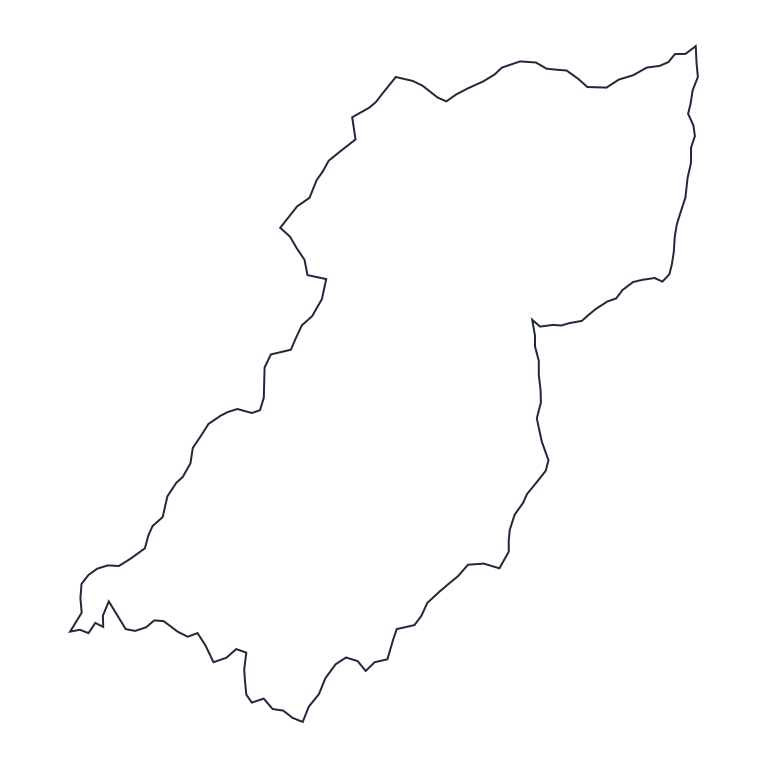 the district of Meridiano, São Paulo, Brazil
{"feature_id": "56859067B90644311999946", "entity_name": "Meridiano", "entity_type": "district", "adm_level": 2, "iso_a3": "BRA", "parent_name": "Brazil", "parent_adm1": "São Paulo", "projection": "equal_earth", "projection_center": [-50.192, -20.403], "detail": "fine", "context": "isolated", "style": "outline", "palette": "slate", "viewbox_px": 768, "rotation_deg": 0, "n_neighbors": 0, "source": "geoboundaries", "source_scale": "gbopen_adm2", "svg_char_len": 2200}
<svg xmlns="http://www.w3.org/2000/svg" viewBox="0 0 768 768"><path d="M70.1,631.6L79.9,629.8L88.5,633.1L95.3,622.9L103.2,626.9L102.9,615.6L108.8,601.4L117.3,615.3L125.7,629.1L135.1,630.9L146.1,627.3L154.2,620.4L163.6,621.1L170.7,626.4L177.5,631.6L187.7,636.7L197.5,633.1L205.3,645.1L213.5,662.2L226.3,657.8L236.2,649.1L246.3,652.6L244.2,669.5L245.0,681.1L246.3,694.6L251.8,702.6L263.7,698.6L272.6,709.0L283.2,710.6L292.6,717.9L302.7,721.9L308.8,706.6L318.9,694.2L325.4,678.2L335.5,664.4L346.0,657.5L357.6,661.1L365.7,670.9L374.7,662.2L387.4,659.3L393.2,639.5L396.7,629.1L414.4,625.1L421.3,616.0L427.3,602.9L439.5,591.6L448.1,584.3L458.2,576.0L468.0,564.7L483.7,563.6L499.4,568.3L508.8,551.6L508.7,541.0L509.7,530.1L514.6,514.8L523.1,502.8L527.0,494.1L538.0,480.6L545.7,470.8L548.5,460.3L541.8,441.7L536.8,418.4L540.9,402.4L540.6,390.4L538.8,374.8L538.8,360.8L535.0,346.4L535.0,335.7L532.2,319.8L540.1,326.6L552.9,324.9L561.5,325.5L569.4,323.1L581.8,320.9L588.9,314.6L595.9,308.9L607.3,301.5L616.2,298.4L622.5,290.0L633.1,282.0L642.6,279.8L654.5,278.0L662.4,281.6L669.4,274.2L671.9,264.2L673.8,251.8L674.8,236.5L676.8,224.5L679.8,214.7L685.4,197.6L687.6,177.8L690.9,163.4L691.1,147.4L694.9,136.1L693.4,125.4L688.1,113.8L690.6,103.6L692.7,90.1L697.9,77.0L696.6,63.6L695.7,46.1L685.5,53.9L674.9,54.1L668.4,62.1L659.6,65.9L646.7,67.6L633.2,75.2L618.8,79.6L606.5,87.6L587.3,87.0L578.4,79.0L566.6,70.5L558.5,69.9L546.6,68.7L535.9,62.5L520.1,61.4L501.9,67.6L494.6,74.5L483.2,81.4L467.2,88.7L456.1,94.5L446.3,101.4L437.4,97.4L422.7,85.8L412.9,81.0L395.8,77.0L383.1,92.7L376.1,101.8L369.4,107.6L352.2,117.2L355.5,139.4L340.2,151.4L328.7,160.7L322.7,171.6L316.7,180.0L309.5,197.8L297.2,206.3L280.2,227.8L289.9,236.5L296.9,248.5L304.5,259.8L307.5,275.1L326.2,279.1L321.9,299.1L312.1,316.2L301.9,325.3L295.9,338.0L290.9,349.7L270.9,354.4L264.6,367.5L263.8,397.7L260.0,410.2L251.9,413.0L237.3,409.0L227.6,412.1L220.3,415.9L208.5,423.9L200.9,435.9L192.8,447.9L190.4,463.5L182.7,477.0L176.3,482.8L167.4,496.3L162.7,517.0L152.5,526.1L148.3,535.6L144.9,548.3L130.8,558.5L118.9,566.0L107.8,565.4L97.2,568.7L88.5,574.9L81.5,584.0L80.4,598.2L81.7,612.7L70.1,631.6Z" fill="none" stroke="#1e293b" stroke-width="2"/></svg>